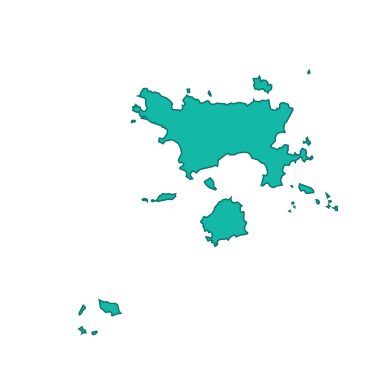 Ukerewe, Mwanza, United Republic of Tanzania, rotated 165°
{"feature_id": "72390352B65036310172855", "entity_name": "Ukerewe", "entity_type": "district", "adm_level": 2, "iso_a3": "TZA", "parent_name": "United Republic of Tanzania", "parent_adm1": "Mwanza", "projection": "mercator", "projection_center": [33.011, -1.921], "detail": "fine", "context": "isolated", "style": "filled", "palette": "teal", "viewbox_px": 384, "rotation_deg": 165, "n_neighbors": 0, "source": "geoboundaries", "source_scale": "gbopen_adm2", "svg_char_len": 5993}
<svg xmlns="http://www.w3.org/2000/svg" viewBox="0 0 384 384"><g transform="rotate(165 192 192)"><path d="M109.1,176.0L103.1,175.4L103.5,180.2L101.2,183.9L97.3,185.6L98.8,187.4L99.1,189.3L97.0,192.9L95.4,194.2L91.4,192.6L88.5,195.7L86.4,196.2L84.9,195.5L84.5,193.8L82.9,196.0L80.0,196.7L78.9,197.9L76.9,196.8L77.0,194.3L75.6,192.1L73.6,194.0L71.5,193.4L70.4,194.0L69.3,192.4L67.1,193.1L66.4,194.2L66.9,195.8L69.4,194.0L71.9,195.9L72.8,198.2L71.7,199.5L71.1,202.9L74.1,205.7L76.7,203.3L77.6,200.3L81.5,200.7L82.0,203.0L82.8,203.0L83.5,201.0L84.4,200.8L86.6,202.7L88.9,203.4L90.2,205.2L87.9,208.3L88.0,210.1L87.0,211.4L87.4,212.5L90.5,213.6L93.4,211.7L96.0,212.0L98.8,210.7L101.8,213.5L103.8,214.3L103.6,216.6L98.5,219.7L97.2,223.6L94.4,226.6L88.9,226.6L87.6,225.4L86.8,225.5L87.1,229.2L84.7,234.6L83.0,234.9L73.3,245.2L73.0,246.6L76.4,248.5L76.4,251.8L80.6,254.5L83.1,254.8L84.6,253.9L85.7,250.2L87.6,250.0L88.1,250.9L88.8,249.4L91.3,249.6L94.7,251.9L94.1,261.3L96.0,260.8L101.0,262.5L103.2,261.5L108.1,263.6L108.4,265.3L109.5,263.3L116.2,260.9L117.3,263.3L123.1,266.2L129.1,266.5L131.3,267.8L136.1,267.1L137.3,268.6L145.0,271.3L148.2,271.0L151.3,272.2L152.1,275.2L153.3,276.1L159.0,275.2L160.9,275.8L162.1,279.5L165.2,280.9L166.7,282.1L166.9,283.4L170.5,285.1L171.8,286.9L177.0,283.0L175.7,278.6L177.7,277.4L178.8,278.2L179.7,274.3L182.7,273.6L183.5,274.6L189.4,276.6L189.8,279.4L188.1,282.3L189.6,285.9L192.3,289.4L196.7,292.3L198.5,295.9L202.0,298.1L204.3,298.1L205.7,300.0L208.1,300.4L208.8,303.7L212.3,304.4L216.2,300.6L216.6,298.9L219.2,298.7L213.7,295.2L212.7,293.3L214.1,288.4L213.6,283.9L216.1,282.3L218.1,282.2L219.9,284.4L220.3,287.5L221.6,287.9L222.9,289.8L223.1,288.7L224.2,289.0L224.4,290.7L225.6,288.9L226.5,288.8L227.4,290.1L226.9,287.9L228.1,286.2L224.9,283.4L223.6,283.4L223.4,282.7L222.1,283.3L222.5,280.0L221.8,277.9L220.3,277.4L218.4,278.0L217.3,276.5L219.1,277.3L221.5,276.2L216.6,273.9L212.9,269.5L211.5,268.6L210.0,268.7L209.9,267.5L204.4,264.0L203.8,262.2L202.0,261.9L202.0,260.7L200.8,260.0L199.7,257.7L201.0,254.7L203.8,252.1L206.5,250.9L209.5,252.5L211.1,249.3L207.3,246.1L204.8,248.2L198.3,247.8L196.0,246.3L192.6,242.1L191.6,237.4L191.9,232.1L196.9,226.3L196.4,223.4L194.6,223.7L192.7,221.7L193.4,219.9L197.3,218.7L197.7,217.8L192.4,213.7L192.3,210.6L193.6,208.3L192.0,207.2L190.8,204.9L188.0,204.6L189.5,209.3L187.0,211.7L185.4,211.9L182.7,209.4L178.6,211.7L164.8,211.3L162.8,211.8L160.6,210.3L158.5,215.9L148.9,219.8L147.0,219.9L145.8,218.1L141.3,217.0L136.9,217.8L130.3,216.7L127.9,215.6L126.0,213.1L125.2,209.0L120.0,206.1L117.8,202.6L114.7,200.3L113.7,197.2L113.8,191.7L115.0,189.1L116.3,188.7L119.0,189.8L119.0,188.0L123.5,180.4L122.0,179.6L118.3,181.3L116.3,181.0L115.2,177.5L113.1,175.7L111.4,175.1L109.1,176.0ZM184.1,133.7L182.4,133.9L181.9,135.7L181.0,134.8L180.2,138.0L177.4,139.0L171.1,137.8L170.7,138.3L169.4,136.2L167.6,137.9L164.1,139.5L161.5,139.1L160.9,137.2L156.9,137.9L149.7,137.2L148.8,138.0L150.4,140.3L151.0,143.1L147.1,148.7L148.9,150.5L149.0,152.9L147.0,158.8L147.3,159.7L149.3,159.3L150.3,161.3L149.4,164.8L148.6,165.8L147.4,165.7L150.5,170.3L154.0,170.6L155.9,171.8L156.5,173.8L155.8,176.5L157.5,175.1L159.3,175.1L161.4,176.5L164.3,176.4L165.9,175.3L167.7,175.6L174.6,170.5L174.8,169.3L178.1,166.0L183.9,163.8L185.1,163.8L186.4,165.1L187.4,164.8L190.0,161.7L191.0,161.6L191.2,160.2L189.4,158.2L189.6,156.4L190.2,156.2L189.8,155.5L190.6,155.4L189.7,155.2L189.7,150.9L186.8,151.0L186.3,148.5L184.8,148.8L184.0,148.2L183.4,145.2L185.0,142.7L185.9,142.4L187.6,144.1L190.1,145.0L189.2,140.5L186.2,140.8L185.1,139.4L186.1,138.2L183.9,137.2L184.1,133.7ZM301.5,93.6L300.4,93.0L297.0,93.7L292.1,93.2L293.3,95.9L293.1,102.1L294.7,104.1L300.5,105.7L302.3,107.8L305.7,108.6L309.6,111.8L310.2,103.7L306.3,98.0L302.7,97.7L301.5,96.9L300.7,95.1L301.5,93.6ZM95.3,270.4L93.4,269.2L93.0,268.0L92.3,269.4L88.6,270.9L87.4,274.2L88.6,275.7L91.2,275.5L90.5,278.4L91.9,280.6L94.3,281.7L97.1,281.0L96.6,284.0L97.1,286.4L98.6,284.8L100.3,284.5L103.3,285.8L103.8,284.0L103.2,281.5L104.7,279.1L104.6,275.6L103.9,274.8L101.9,274.6L101.5,273.3L96.4,273.3L95.3,270.4ZM213.2,189.9L208.8,192.1L209.2,193.8L208.5,194.5L212.0,194.6L214.9,196.4L217.6,196.5L220.8,198.0L222.7,196.7L224.0,196.8L228.9,192.8L227.6,191.8L216.2,191.1L213.2,189.9ZM81.4,160.9L74.7,160.1L74.2,161.9L76.1,165.0L85.9,172.0L87.5,169.0L86.5,164.7L85.1,165.0L83.0,164.2L82.6,162.0L81.4,160.9ZM177.4,198.7L176.8,195.8L174.1,191.7L169.1,188.1L168.0,188.4L168.3,190.1L169.7,190.8L168.6,196.1L170.7,200.9L177.4,198.7ZM326.4,110.7L332.2,104.3L332.6,102.6L330.7,103.0L328.3,105.7L325.5,107.1L324.9,108.2L326.4,110.7ZM335.1,83.7L332.8,84.2L331.0,83.5L330.8,85.9L333.0,87.8L333.1,90.2L336.8,89.0L334.5,86.2L334.3,84.7L335.1,83.7ZM68.7,210.6L67.1,207.0L66.3,208.4L65.4,208.0L64.9,208.7L65.2,210.5L66.5,211.8L66.4,214.8L67.5,214.5L68.7,210.6ZM324.9,82.3L324.9,80.1L323.6,79.6L320.8,80.5L319.9,81.5L320.6,82.3L324.9,82.3ZM56.3,136.5L55.6,140.5L56.9,141.0L58.2,139.8L59.6,140.0L58.2,138.8L58.0,137.1L56.3,136.5ZM74.1,152.3L74.2,149.0L73.2,147.7L71.8,148.5L71.6,150.0L72.3,151.5L74.1,152.3ZM239.2,196.3L237.6,194.4L237.2,196.4L240.0,198.2L241.9,197.7L241.8,196.7L239.2,196.3ZM149.8,280.5L148.9,279.9L148.5,281.6L149.4,284.9L150.7,283.5L149.8,280.5ZM170.1,292.5L170.3,289.4L168.8,288.8L167.8,292.0L170.1,292.5ZM62.7,155.8L62.6,151.3L60.3,152.1L62.7,155.8ZM65.5,142.9L64.0,141.3L63.7,142.4L62.4,142.4L63.5,144.3L64.5,142.8L65.5,142.9ZM232.4,274.9L228.9,274.6L228.5,275.8L231.4,276.6L232.4,274.9ZM233.2,194.5L233.4,193.8L232.3,192.8L230.0,193.2L232.0,194.6L233.2,194.5ZM49.2,276.3L47.3,276.6L47.2,279.0L49.0,277.9L49.2,276.3ZM62.2,146.0L60.0,146.9L60.2,147.7L62.2,148.0L62.2,146.0ZM98.0,156.0L98.4,154.4L96.5,154.7L96.6,155.9L98.0,156.0ZM70.3,210.2L70.0,211.0L71.2,211.8L71.6,210.5L70.3,210.2ZM94.6,172.3L94.0,170.8L93.5,170.8L93.7,172.2L94.6,172.3ZM97.3,151.8L97.5,151.3L96.8,150.3L96.4,151.4L97.3,151.8ZM102.1,148.8L103.2,148.4L102.1,147.6L102.1,148.8Z" fill="#14b8a6" stroke="#0f766e" stroke-width="1.5"/></g></svg>